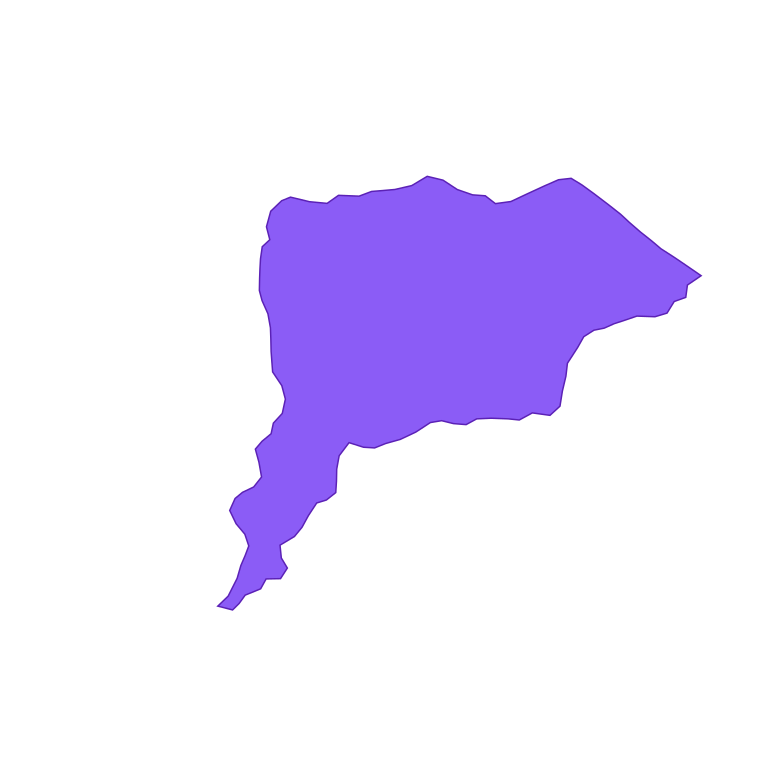 outline of Morro da Fumaça, Santa Catarina, Brazil, rotated 306°
{"feature_id": "56859067B42300918373881", "entity_name": "Morro da Fumaça", "entity_type": "district", "adm_level": 2, "iso_a3": "BRA", "parent_name": "Brazil", "parent_adm1": "Santa Catarina", "projection": "equal_earth", "projection_center": [-49.259, -28.637], "detail": "fine", "context": "isolated", "style": "filled", "palette": "violet", "viewbox_px": 768, "rotation_deg": 306, "n_neighbors": 0, "source": "geoboundaries", "source_scale": "gbopen_adm2", "svg_char_len": 1599}
<svg xmlns="http://www.w3.org/2000/svg" viewBox="0 0 768 768"><g transform="rotate(306 384 384)"><path d="M106.6,380.1L112.2,394.3L121.3,395.8L131.6,395.8L145.8,404.6L157.0,403.2L165.7,414.7L178.3,414.0L182.9,403.2L192.5,394.6L208.1,401.2L219.9,401.9L233.1,400.2L248.2,399.5L256.3,405.6L267.8,408.8L277.4,402.7L287.3,395.8L299.6,389.9L316.0,390.2L320.8,404.6L326.8,414.0L336.8,420.3L348.7,429.7L363.8,438.0L380.1,444.2L388.2,452.2L392.8,463.5L399.4,474.3L410.3,479.5L419.3,490.8L428.7,504.8L434.4,514.6L447.8,521.0L456.2,536.7L469.5,539.4L483.1,532.5L497.2,526.6L508.6,520.2L518.4,519.7L527.4,519.2L539.7,517.8L550.9,522.2L558.6,529.3L568.0,534.7L576.1,540.6L587.6,548.7L597.7,563.7L607.7,571.3L621.3,570.3L631.5,577.2L642.4,571.3L658.0,576.9L657.6,560.7L657.1,544.8L656.2,528.6L657.1,516.5L657.7,502.1L659.0,487.1L660.4,475.6L661.0,459.9L661.4,441.7L661.4,427.2L660.4,414.5L651.8,405.1L638.8,397.5L622.2,388.2L606.2,379.4L595.4,368.1L595.8,355.3L589.1,344.5L584.4,329.0L583.6,311.9L577.4,296.9L560.8,289.8L547.8,278.5L539.7,269.2L532.5,260.8L521.3,253.4L509.9,236.3L496.7,231.8L487.7,216.6L480.2,198.5L472.2,193.5L457.2,190.8L442.1,196.5L433.6,206.8L423.5,204.8L412.7,210.5L404.8,215.6L396.3,221.3L386.4,228.2L379.8,236.3L372.6,248.8L362.7,259.1L353.9,266.0L343.9,273.6L328.3,286.8L322.6,302.3L313.8,313.1L300.4,319.0L287.3,317.5L277.4,321.9L266.0,319.0L255.7,318.2L247.2,328.8L236.8,339.6L224.1,339.1L213.2,333.2L203.9,330.8L191.0,333.5L184.0,346.5L180.7,359.7L173.5,369.8L163.6,372.5L153.0,374.9L140.5,379.4L120.8,382.6L106.6,380.1Z" fill="#8b5cf6" stroke="#5b21b6" stroke-width="1.5"/></g></svg>